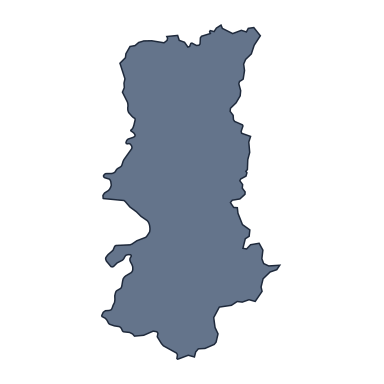 map outline of Powys (Mercator projection), rotated 181°
{"feature_id": "GBR-2111", "entity_name": "Powys", "entity_type": "Unitary Authority (wales)", "adm_level": 1, "iso_a3": "GBR", "parent_name": "United Kingdom", "parent_adm1": "", "projection": "mercator", "projection_center": [-3.28, 52.311], "detail": "fine", "context": "isolated", "style": "filled", "palette": "slate", "viewbox_px": 384, "rotation_deg": 181, "n_neighbors": 0, "source": "natural_earth", "source_scale": "10m", "svg_char_len": 3759}
<svg xmlns="http://www.w3.org/2000/svg" viewBox="0 0 384 384"><g transform="rotate(181 192 192)"><path d="M247.0,46.9L247.1,47.0L248.9,49.0L252.0,50.5L257.7,51.0L258.5,51.3L259.1,51.9L260.3,54.4L261.2,55.4L262.2,56.1L267.3,56.8L271.7,58.2L272.7,58.8L273.0,59.1L274.9,62.5L275.8,63.5L276.6,64.3L279.8,65.9L280.1,66.7L279.8,67.6L278.7,70.1L277.5,71.1L276.4,71.8L272.9,72.1L271.7,72.4L270.9,72.8L270.3,73.5L269.8,74.6L268.9,77.4L267.6,80.0L267.4,81.2L267.2,83.2L267.4,86.9L266.8,89.7L266.2,91.3L265.4,92.1L261.9,94.2L261.2,94.9L260.7,96.1L260.4,97.7L259.8,101.8L259.5,103.2L259.2,104.2L258.0,105.9L256.5,107.2L251.4,110.3L250.8,111.0L250.2,111.9L249.9,113.2L249.9,114.9L250.0,116.3L250.8,118.4L252.2,120.9L252.6,121.8L252.9,122.8L252.9,124.0L252.6,125.0L251.6,126.7L251.7,127.6L252.5,128.2L254.4,128.3L255.8,128.0L256.9,127.6L257.6,126.8L258.1,126.0L259.1,124.0L259.7,123.3L260.4,122.6L265.6,119.8L269.1,116.2L269.9,115.8L270.9,115.8L271.7,116.0L276.3,121.3L276.9,122.6L277.2,123.7L277.0,124.9L276.1,126.3L274.8,128.0L270.0,132.3L268.3,136.4L267.1,137.2L253.0,138.1L251.1,138.9L246.3,142.3L237.9,145.7L237.1,146.2L235.9,147.7L233.7,151.3L233.5,152.5L233.4,153.7L233.4,154.8L233.7,157.2L234.0,158.5L234.5,159.9L235.0,160.9L235.6,161.8L236.3,162.6L242.5,166.7L247.2,171.2L253.8,175.9L258.5,181.2L259.8,182.3L280.5,183.9L280.7,184.0L281.0,186.8L280.5,187.9L279.4,189.5L275.6,192.0L274.4,193.4L273.4,195.4L272.8,197.4L272.9,197.9L273.4,201.1L274.0,202.4L274.8,203.4L279.4,204.7L280.2,205.2L280.7,206.0L280.7,207.0L279.6,208.3L278.5,208.9L272.3,209.1L270.5,209.8L269.8,210.3L269.2,210.8L268.0,212.9L267.4,213.6L266.7,214.2L264.2,215.7L263.4,216.3L262.8,217.1L262.4,218.2L261.4,221.6L260.5,223.4L253.0,234.3L252.8,235.6L253.1,236.9L254.5,238.8L255.7,239.3L256.7,239.2L257.6,239.0L258.5,239.3L258.9,240.2L258.4,241.9L257.7,243.0L256.8,243.8L252.0,245.5L250.4,246.4L249.9,247.3L250.1,248.5L251.4,250.2L254.2,252.1L254.3,252.4L254.1,252.9L253.2,253.6L252.6,254.4L252.0,255.5L251.2,258.1L250.1,263.2L250.2,263.9L250.5,264.7L251.8,265.3L253.5,266.8L256.7,270.3L257.2,271.5L257.6,272.9L257.7,275.3L257.5,276.8L257.7,279.1L258.1,280.7L263.3,290.6L261.5,295.1L261.9,299.7L261.0,304.0L266.3,319.5L260.9,325.1L260.5,329.1L256.5,336.4L251.5,337.4L247.9,340.6L244.0,341.8L243.0,342.2L234.9,342.5L222.6,340.7L219.6,343.1L219.1,345.4L219.9,347.0L211.6,348.0L209.1,348.3L207.4,343.4L202.1,341.6L198.6,336.8L196.9,337.5L195.8,340.5L194.7,340.9L193.1,340.1L190.2,338.6L187.7,338.8L186.5,340.2L186.3,346.3L185.2,347.9L176.4,350.8L177.2,352.5L176.6,353.7L172.7,352.8L170.5,356.3L165.9,359.4L164.5,356.1L154.1,351.1L145.5,354.5L140.4,353.0L138.6,356.6L133.1,357.5L126.4,349.4L132.4,339.8L135.1,331.1L140.7,325.5L142.6,320.8L141.6,314.4L142.8,305.8L144.4,304.6L146.4,303.4L147.1,301.1L145.1,294.2L145.5,289.0L149.5,281.9L155.0,276.4L155.3,273.3L152.2,269.4L151.8,265.0L150.6,263.3L142.7,260.0L142.2,258.9L143.9,253.5L143.4,251.6L137.1,249.5L134.4,248.6L136.1,242.9L135.0,232.6L136.8,225.3L137.0,215.4L138.5,213.6L137.4,212.2L138.3,208.8L143.5,205.9L144.4,204.1L141.5,200.3L141.8,196.7L138.9,193.0L139.0,190.6L144.0,185.9L151.6,184.5L153.4,182.1L150.1,177.3L146.4,177.1L145.7,171.6L141.0,160.3L133.5,155.1L134.1,148.7L137.9,146.2L140.1,136.6L136.4,136.0L132.5,140.3L124.0,141.9L120.1,135.1L121.0,126.5L119.1,121.7L114.0,119.4L103.0,120.3L105.9,115.8L112.5,113.4L119.4,106.5L121.3,98.2L120.2,93.9L126.9,83.7L133.1,85.3L139.8,82.8L144.9,83.3L150.6,79.4L162.7,77.4L168.1,66.8L166.6,56.9L163.5,50.6L165.3,42.3L167.1,40.0L176.3,35.8L182.9,35.3L185.5,32.2L186.7,27.1L192.9,28.7L201.2,25.4L203.4,24.6L204.2,25.2L203.7,29.0L204.7,30.7L217.9,37.7L219.9,39.9L224.2,46.6L223.6,50.2L224.8,51.7L228.4,52.2L237.8,47.9L246.9,46.9L247.0,46.9Z" fill="#64748b" stroke="#1e293b" stroke-width="1.5"/></g></svg>